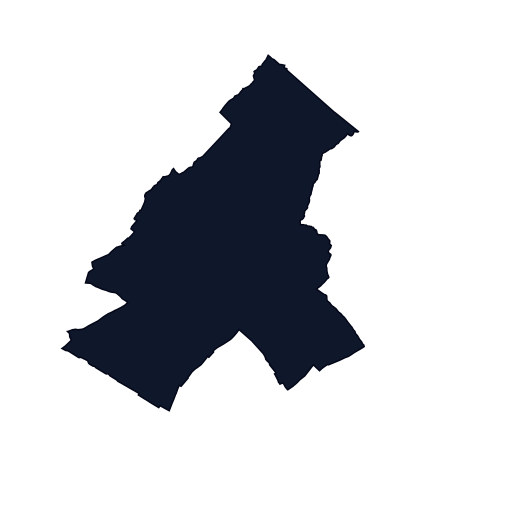 outline of Bang Phli, Samut Prakan, Thailand, rotated 210°
{"feature_id": "78962969B84891399333376", "entity_name": "Bang Phli", "entity_type": "district", "adm_level": 2, "iso_a3": "THA", "parent_name": "Thailand", "parent_adm1": "Samut Prakan", "projection": "albers", "projection_center": [100.716, 13.615], "detail": "fine", "context": "isolated", "style": "filled", "palette": "ink", "viewbox_px": 512, "rotation_deg": 210, "n_neighbors": 0, "source": "geoboundaries", "source_scale": "gbopen_adm2", "svg_char_len": 6082}
<svg xmlns="http://www.w3.org/2000/svg" viewBox="0 0 512 512"><g transform="rotate(210 256 256)"><path d="M359.0,362.4L344.2,358.5L343.6,358.6L343.0,356.5L342.6,354.1L342.4,353.2L343.1,353.2L343.3,352.8L346.3,339.6L349.3,326.8L349.6,325.6L351.9,315.6L352.8,314.2L353.4,313.1L354.6,312.2L355.1,311.4L355.1,309.0L356.2,306.8L356.4,306.2L356.0,304.0L355.5,302.8L355.6,301.6L356.0,300.9L357.3,300.0L358.4,298.5L360.6,292.1L361.3,291.5L362.0,290.1L363.4,288.1L367.7,288.8L368.8,289.3L371.1,290.5L371.6,288.9L371.2,284.7L371.4,283.0L371.9,281.8L372.2,281.3L373.6,280.1L374.4,279.0L375.6,278.6L376.1,278.2L376.1,276.8L376.4,275.7L376.2,274.9L376.2,274.5L376.8,273.5L376.4,272.3L377.3,271.6L377.7,270.6L377.4,268.4L379.3,265.9L379.0,264.8L379.7,263.8L379.5,262.8L379.8,261.8L379.9,260.9L381.6,258.0L381.8,257.3L382.8,255.7L382.6,254.7L382.9,254.0L382.4,252.4L382.0,251.8L380.5,250.4L379.5,247.3L379.3,246.3L378.8,241.9L378.4,238.1L379.4,237.4L379.0,236.5L378.9,235.9L379.6,234.9L380.2,233.4L380.0,231.0L380.3,230.3L380.0,230.0L380.3,228.4L380.2,227.6L380.1,227.3L379.3,227.0L377.9,227.2L376.8,227.1L377.7,222.3L378.3,218.8L377.8,217.9L377.9,217.0L373.2,216.2L374.5,210.2L375.4,207.3L376.0,207.3L377.2,203.4L378.4,200.6L378.5,200.0L378.4,199.5L375.5,199.4L378.5,196.6L381.2,193.7L383.5,187.1L384.3,183.7L392.9,172.1L395.0,168.6L392.3,165.2L389.9,163.7L392.3,159.4L392.7,158.2L392.7,157.7L390.2,147.4L386.3,149.3L385.4,149.6L384.5,149.7L382.9,149.5L379.3,149.4L377.5,149.8L372.8,150.3L368.7,151.3L364.9,151.9L363.2,152.4L359.2,154.0L357.3,153.9L353.0,153.1L350.7,152.2L346.2,152.0L343.8,151.7L344.9,148.0L347.1,144.0L349.7,140.0L350.9,138.4L352.9,135.1L355.1,132.1L357.7,127.1L360.3,120.9L365.9,112.1L367.8,108.6L369.0,106.7L370.0,105.6L373.0,103.4L373.7,103.0L375.5,102.4L377.6,100.8L378.3,100.1L381.0,96.8L381.5,96.4L378.7,95.6L377.0,93.0L375.8,92.0L375.2,91.9L374.0,90.6L374.0,90.0L376.1,82.8L377.8,78.9L373.8,79.0L371.1,79.9L359.0,79.4L358.1,79.7L356.9,80.7L349.7,81.2L349.2,81.0L347.4,79.5L346.0,79.1L342.1,79.1L341.0,79.6L340.2,79.6L339.8,79.6L339.1,79.2L327.2,78.9L326.7,79.0L325.0,80.1L322.3,79.2L314.9,79.0L312.9,78.4L309.2,78.5L288.7,78.5L288.4,76.8L271.3,76.2L264.4,76.1L264.2,78.4L253.8,78.6L255.1,86.8L255.6,91.0L256.4,95.6L256.5,97.3L257.2,100.8L257.9,105.6L255.7,105.7L253.8,116.2L254.2,116.3L253.5,123.7L252.1,128.1L251.4,129.4L249.3,134.2L248.6,137.9L247.8,143.4L247.8,145.0L246.2,144.7L244.7,151.6L244.8,151.8L245.6,152.1L245.7,152.3L244.8,154.8L243.6,157.6L240.1,163.6L236.5,170.7L235.7,173.2L235.0,176.2L234.3,180.2L234.0,183.8L217.2,180.4L200.9,175.1L198.0,173.5L195.8,171.4L193.9,170.7L191.4,170.1L190.0,169.4L190.0,168.8L189.9,168.6L180.2,164.8L181.0,163.2L179.6,162.4L175.0,159.4L173.1,157.7L172.3,157.7L171.2,157.0L169.1,159.7L165.1,157.2L162.0,156.0L161.6,156.0L158.8,161.8L158.5,163.0L157.9,164.4L157.0,167.2L156.2,170.6L153.8,176.6L153.6,178.2L151.9,190.4L143.6,188.4L142.7,191.5L141.3,194.7L140.9,195.6L139.7,197.9L139.0,197.9L138.8,198.0L131.4,207.6L128.0,212.6L125.8,215.2L124.1,218.4L122.7,221.4L118.9,228.0L117.0,231.6L118.1,232.8L119.7,233.1L121.7,234.5L124.7,235.6L128.4,237.8L130.7,238.5L131.5,239.0L132.2,239.8L132.6,240.1L135.0,240.9L137.3,242.3L138.9,242.8L143.6,244.7L147.7,246.6L149.4,247.2L151.2,247.5L153.7,248.5L156.4,248.7L160.2,250.3L162.7,250.7L165.3,250.9L167.0,251.5L168.7,252.3L171.7,252.8L172.6,253.4L174.5,256.3L174.8,256.7L175.3,257.0L176.2,257.1L177.6,256.8L178.7,256.8L187.2,257.6L185.1,262.4L184.4,265.5L183.7,267.5L183.0,271.8L182.3,273.2L182.2,273.8L182.7,274.4L185.1,276.2L186.4,277.7L187.1,278.5L188.6,280.9L189.8,282.0L190.2,282.5L190.7,283.6L190.9,284.8L190.8,286.4L190.9,288.0L190.7,289.5L191.1,290.9L191.5,294.2L191.8,294.6L192.1,294.8L194.2,295.1L195.1,295.4L195.5,295.7L196.0,298.0L195.6,299.2L195.5,300.4L196.1,302.8L198.4,303.3L199.2,305.3L199.9,306.2L201.9,306.8L202.8,307.3L203.6,307.6L204.4,308.1L206.3,308.5L207.0,308.4L209.2,307.4L211.8,306.0L213.5,305.7L214.5,306.2L214.7,306.5L215.3,307.0L215.8,307.9L216.7,308.2L217.2,308.7L217.5,308.7L217.9,308.1L218.3,308.1L219.1,308.7L221.0,309.4L221.8,308.8L222.9,309.2L223.1,309.2L224.0,308.6L225.0,308.5L225.7,307.9L226.2,307.9L226.8,307.5L227.5,307.9L228.0,307.9L229.3,307.1L230.4,306.9L231.7,306.2L233.0,305.2L233.2,305.3L234.1,306.7L235.1,307.9L235.3,308.5L235.3,309.2L235.0,309.8L234.3,310.9L233.9,312.2L234.0,314.9L234.9,315.6L235.2,316.1L235.4,317.3L236.2,318.9L236.1,320.4L235.6,322.3L235.5,323.5L235.7,323.9L236.2,324.6L236.5,325.2L236.7,327.9L236.9,329.5L237.5,330.9L238.5,332.4L238.9,333.1L239.4,334.9L239.2,335.6L239.4,336.2L239.2,336.9L239.8,338.3L241.0,342.6L241.5,343.1L241.4,344.2L241.6,345.2L242.3,346.3L242.3,347.0L242.4,347.6L241.8,349.3L241.9,351.4L241.5,352.2L241.3,352.9L242.2,356.3L242.8,358.0L242.6,359.0L243.9,361.5L245.2,363.3L245.1,364.6L245.5,365.8L246.1,366.5L248.2,370.0L248.2,370.4L247.6,371.2L247.6,371.7L248.4,373.8L248.8,374.5L249.0,376.2L249.6,377.1L249.8,377.6L249.6,378.2L247.9,380.7L247.2,382.2L246.5,383.4L245.7,385.5L244.1,386.9L242.9,389.3L242.6,391.1L242.5,392.5L241.1,394.7L241.0,396.1L240.7,398.1L238.6,402.7L238.0,405.9L238.0,407.2L237.9,407.5L237.7,407.6L237.3,407.6L236.0,407.3L235.0,407.3L234.1,407.5L233.6,407.7L233.1,408.4L232.8,410.3L232.8,410.8L233.2,412.5L233.2,413.1L232.8,413.2L232.1,413.2L231.8,413.6L231.3,413.6L230.5,413.9L229.6,414.5L229.5,415.0L259.5,419.7L260.1,419.7L322.4,432.4L322.7,432.6L322.7,433.4L322.9,433.6L325.4,433.1L325.8,433.2L326.5,435.5L330.2,434.3L331.0,433.7L331.4,433.6L338.5,435.1L339.1,435.1L340.5,434.8L343.3,435.5L345.8,435.9L345.4,430.5L345.8,429.4L346.4,424.8L345.9,423.6L346.3,423.0L347.7,421.9L348.2,421.3L348.3,417.9L348.7,417.0L349.4,416.0L349.9,414.8L349.3,414.4L348.3,412.9L348.5,411.3L348.3,410.7L345.3,407.7L345.3,406.2L345.7,405.1L345.8,403.2L346.4,402.1L346.4,401.2L346.6,400.4L347.7,398.4L348.8,396.9L349.7,395.3L351.0,394.5L350.8,392.9L351.5,390.0L351.4,389.1L351.7,388.1L351.7,387.1L354.3,383.9L354.3,383.5L354.2,382.4L354.3,381.3L355.8,378.8L356.7,376.9L357.1,375.3L357.9,371.3L358.4,367.6L358.5,365.6L359.0,362.4Z" fill="#0f172a" stroke="#020617" stroke-width="1.5"/></g></svg>